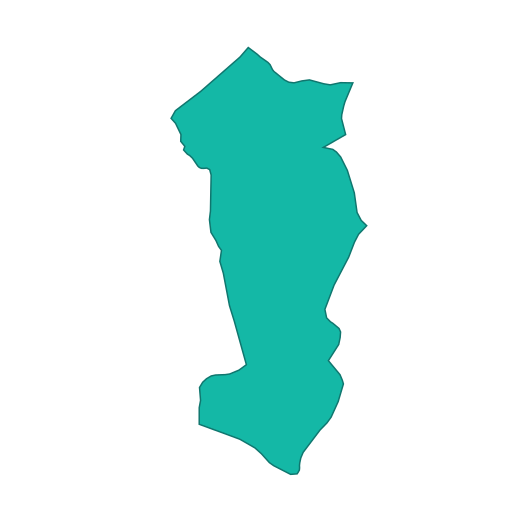 an SVG outline of Paro, rotated 19°
{"feature_id": "BTN-2436", "entity_name": "Paro", "entity_type": "District", "adm_level": 1, "iso_a3": "BTN", "parent_name": "Bhutan", "parent_adm1": "", "projection": "mercator", "projection_center": [89.353, 27.467], "detail": "fine", "context": "isolated", "style": "filled", "palette": "teal", "viewbox_px": 512, "rotation_deg": 19, "n_neighbors": 0, "source": "natural_earth", "source_scale": "10m", "svg_char_len": 1433}
<svg xmlns="http://www.w3.org/2000/svg" viewBox="0 0 512 512"><g transform="rotate(19 256 256)"><path d="M130.9,153.5L132.5,144.8L150.2,118.2L176.1,73.1L180.8,61.4L191.6,64.9L195.0,66.4L204.3,69.1L207.0,70.5L210.9,74.4L212.9,75.7L225.6,80.3L230.4,81.0L235.6,79.9L242.4,75.5L249.2,72.1L264.1,71.1L270.5,70.0L279.5,64.6L291.2,60.8L289.9,81.1L290.1,85.5L291.1,94.5L292.1,98.2L301.2,112.0L284.3,131.4L293.9,130.2L298.2,131.5L303.8,134.8L314.5,145.3L328.4,164.3L337.4,182.0L343.9,188.1L350.8,191.3L345.9,202.1L344.6,210.9L344.0,226.9L339.3,258.0L338.5,284.0L342.9,291.5L347.9,294.0L350.5,294.6L358.1,297.5L360.7,300.3L362.1,305.7L363.0,312.7L358.5,331.4L374.1,340.9L378.1,345.4L380.3,348.5L381.0,364.7L381.1,366.9L379.5,383.9L377.4,390.8L373.2,399.7L364.5,426.3L364.1,432.3L364.7,437.3L365.3,439.9L366.2,442.2L366.7,444.3L366.3,446.6L365.8,448.6L359.8,451.2L341.0,448.5L335.9,447.0L325.5,441.2L317.5,437.8L300.2,434.5L257.1,433.6L251.7,417.9L250.6,410.6L245.4,398.7L246.7,392.7L249.2,388.1L252.7,384.0L256.5,381.7L265.5,378.2L269.4,376.2L277.0,369.5L282.3,361.9L256.7,324.7L247.1,311.6L230.7,282.9L223.6,272.9L221.5,261.9L217.5,259.1L213.1,254.4L205.7,248.3L200.1,236.7L198.3,228.3L187.2,194.0L184.1,189.4L180.8,188.9L178.0,190.2L175.7,190.9L173.5,190.7L171.7,189.9L164.1,184.2L160.6,182.6L157.9,182.0L153.0,179.3L153.0,175.5L147.5,172.1L145.5,165.6L136.7,156.7L130.9,153.5Z" fill="#14b8a6" stroke="#0f766e" stroke-width="1.5"/></g></svg>